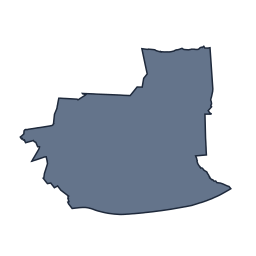 Heusden, Noord-Brabant, Netherlands, rotated 184°
{"feature_id": "6326949B43873207843171", "entity_name": "Heusden", "entity_type": "district", "adm_level": 2, "iso_a3": "NLD", "parent_name": "Netherlands", "parent_adm1": "Noord-Brabant", "projection": "natural_earth1", "projection_center": [5.16, 51.689], "detail": "fine", "context": "isolated", "style": "filled", "palette": "slate", "viewbox_px": 256, "rotation_deg": 184, "n_neighbors": 0, "source": "geoboundaries", "source_scale": "gbopen_adm2", "svg_char_len": 5217}
<svg xmlns="http://www.w3.org/2000/svg" viewBox="0 0 256 256"><g transform="rotate(184 128 128)"><path d="M151.9,43.1L146.8,42.2L144.9,41.9L143.1,41.7L141.3,41.5L139.5,41.4L137.6,41.3L135.8,41.2L134.0,41.2L132.2,41.2L130.4,41.2L128.5,41.3L126.7,41.5L124.9,41.7L123.1,42.0L121.2,42.2L117.6,42.8L115.8,43.0L114.0,43.3L112.1,43.6L108.5,44.2L106.7,44.5L104.9,44.9L103.0,45.2L97.0,46.3L92.1,47.3L88.5,48.0L86.7,48.4L83.0,49.2L79.4,50.0L67.8,52.9L66.7,53.2L64.9,53.6L59.0,55.2L52.9,57.6L51.0,58.4L50.3,58.6L49.7,58.8L46.8,60.0L46.0,60.4L44.7,60.9L43.1,61.7L41.6,62.4L39.6,63.3L37.1,64.7L34.2,66.2L32.1,67.4L31.6,67.7L29.4,69.1L26.2,71.2L23.5,73.0L21.2,74.6L22.3,75.8L23.3,76.8L24.1,76.9L25.4,77.3L29.4,78.8L32.0,79.5L35.5,79.7L36.4,80.7L36.6,81.0L36.8,81.2L37.0,81.2L38.1,81.0L38.4,81.1L38.8,81.2L39.2,81.6L39.7,82.2L40.0,82.4L40.6,82.3L41.0,82.3L41.3,82.7L41.7,83.0L42.1,83.2L42.6,83.6L43.0,83.9L42.7,84.1L43.1,84.8L43.4,85.2L43.7,85.4L43.9,85.9L44.1,86.2L44.4,86.8L44.8,87.3L45.2,87.8L45.6,88.2L46.1,89.4L46.2,89.5L46.5,89.7L46.6,89.8L46.8,90.0L47.0,90.0L47.3,90.1L47.5,90.2L49.0,91.1L49.3,91.2L49.4,91.4L49.8,91.7L50.4,92.5L50.6,92.7L50.9,93.0L51.1,93.1L51.9,93.3L52.0,93.3L52.4,93.3L52.7,93.1L52.8,93.2L52.9,93.5L53.4,93.9L53.5,94.0L53.4,94.3L53.5,94.5L53.8,94.7L54.1,94.9L54.4,95.2L55.1,96.1L55.4,96.6L55.6,96.8L56.1,97.7L56.2,97.8L56.2,98.0L56.6,99.1L56.7,99.3L56.8,99.5L56.8,100.0L56.7,100.2L56.7,100.4L56.7,100.6L56.9,100.9L57.1,101.1L57.2,101.3L57.2,101.8L57.3,102.1L57.4,102.3L57.5,102.6L57.6,102.9L58.0,103.6L58.2,104.0L58.3,104.2L58.4,104.5L58.6,104.9L47.9,106.6L48.5,111.2L48.8,114.1L49.1,116.4L49.3,118.3L49.7,121.5L49.9,123.0L50.1,125.0L52.2,147.2L46.5,147.6L46.3,147.8L46.0,147.9L46.0,148.0L46.6,148.3L47.7,149.0L49.2,150.9L46.1,155.0L46.3,155.4L47.0,155.8L46.7,157.1L46.3,157.8L46.6,159.3L47.0,160.7L47.5,161.6L47.3,163.1L47.2,163.6L46.9,164.9L46.4,168.4L46.1,170.4L46.1,170.6L46.1,172.3L46.1,172.9L50.6,205.2L51.8,213.8L53.7,213.3L56.9,213.1L58.1,214.8L58.3,214.6L58.5,214.4L59.6,213.5L59.9,213.8L61.4,213.3L61.5,213.2L61.8,213.0L61.8,212.9L62.7,211.9L63.0,211.7L63.4,211.4L63.9,211.2L64.0,211.2L64.5,211.2L65.0,211.1L65.9,211.1L66.3,211.1L66.5,211.1L66.9,211.1L67.1,211.2L67.3,211.2L69.6,211.1L69.8,211.1L70.0,211.1L71.1,210.7L72.0,210.5L72.7,210.3L73.0,210.2L73.5,210.2L75.7,210.2L77.3,210.2L77.7,210.3L77.9,210.3L78.1,210.3L78.3,210.4L79.3,211.1L79.5,211.2L79.8,211.2L80.0,211.1L80.9,210.7L81.8,210.3L83.0,209.8L83.4,209.7L83.7,209.6L84.0,209.5L85.3,209.3L85.4,209.2L85.6,209.2L86.0,208.9L86.3,208.8L86.5,208.7L86.9,208.5L87.0,208.4L87.2,208.2L87.4,208.1L87.7,207.9L87.9,207.9L88.4,207.7L88.9,207.6L89.4,207.4L90.5,207.1L91.2,206.9L91.5,206.9L91.9,206.8L92.8,206.7L93.8,206.7L94.2,206.6L94.9,206.6L95.8,206.5L96.3,206.5L96.8,206.4L97.5,206.4L98.0,206.4L99.3,206.4L99.8,206.4L100.0,206.4L100.3,206.4L100.6,206.5L100.5,206.2L101.4,206.3L102.2,206.4L102.5,206.5L105.1,207.1L105.3,207.1L106.7,207.9L108.4,208.0L113.2,208.1L113.3,207.9L113.5,207.8L115.0,207.8L119.7,208.1L115.1,191.9L112.6,183.3L115.8,178.7L116.7,169.8L121.8,169.5L126.8,162.3L128.1,160.5L134.7,160.3L136.4,160.3L136.5,160.3L138.1,160.3L145.4,160.1L145.8,160.1L149.3,160.0L162.0,159.6L163.8,159.6L164.5,159.6L174.8,159.3L175.9,159.3L175.7,159.0L175.4,158.9L174.0,158.7L173.8,158.6L172.8,158.1L172.7,158.1L172.8,158.0L173.0,157.7L178.0,154.0L178.0,153.9L179.7,152.7L179.9,152.6L180.1,152.8L180.3,153.0L180.6,153.1L180.8,153.2L181.2,153.2L181.4,153.2L190.9,153.1L195.2,153.0L197.4,153.0L199.1,152.9L199.6,149.1L199.9,146.0L200.0,145.7L200.3,142.5L200.4,142.4L200.4,142.2L202.3,136.6L202.3,136.4L202.4,133.8L202.6,127.3L202.7,127.2L202.8,126.7L202.7,126.7L203.0,126.3L203.2,125.8L203.3,125.7L203.7,125.4L203.9,125.3L204.0,125.2L206.1,124.6L206.9,124.4L208.2,124.1L215.9,122.3L218.1,121.9L220.9,121.2L221.9,121.0L222.6,120.8L224.1,120.5L227.6,119.7L227.8,119.6L228.0,119.5L228.2,119.4L228.6,119.4L228.8,119.4L229.1,119.3L229.5,119.4L229.9,119.4L230.7,119.0L230.7,118.9L231.5,117.9L231.5,115.3L231.5,115.1L231.5,114.9L231.8,114.5L232.7,113.5L233.4,112.8L233.7,112.5L234.0,112.2L234.8,111.6L234.8,111.4L234.7,111.3L234.0,110.3L233.4,109.7L233.3,109.8L232.9,110.3L232.8,110.2L232.7,110.1L231.7,108.8L231.6,108.7L231.4,108.6L231.2,108.6L230.5,108.9L229.8,107.3L229.8,107.2L229.2,106.5L229.2,106.4L229.1,106.2L222.6,108.5L222.1,108.7L221.6,109.0L220.8,108.1L220.6,107.9L220.3,107.8L220.0,107.6L219.3,107.4L219.0,107.3L216.8,103.0L215.5,103.2L215.2,103.2L214.9,103.1L215.1,101.9L215.3,101.3L215.5,100.7L215.6,100.4L219.7,92.1L220.2,91.2L221.7,88.1L221.3,88.2L220.9,88.5L217.5,89.8L209.2,93.3L207.6,93.6L206.6,90.2L206.3,89.6L206.2,89.5L206.2,89.3L206.4,89.3L205.8,86.8L206.6,83.4L208.2,76.8L208.5,72.5L208.6,72.0L209.0,71.9L208.9,71.8L206.7,69.3L204.5,66.9L201.2,67.7L199.8,66.1L198.7,64.9L197.3,63.3L194.7,64.9L194.2,65.3L190.7,61.3L182.5,55.9L182.8,55.5L183.0,55.3L183.1,55.2L182.6,53.6L183.0,53.5L181.8,50.4L182.9,49.9L182.0,48.2L178.1,43.8L175.2,44.4L173.4,44.7L171.3,45.1L169.9,45.3L168.3,45.5L167.7,45.6L167.2,45.6L166.4,45.7L165.7,45.7L165.1,45.8L164.3,45.7L163.2,45.7L162.6,45.6L161.6,45.5L160.8,45.3L159.0,45.0L158.3,44.8L157.8,44.7L155.5,44.0L154.8,43.8L154.1,43.6L151.9,43.1Z" fill="#64748b" stroke="#1e293b" stroke-width="1.5"/></g></svg>